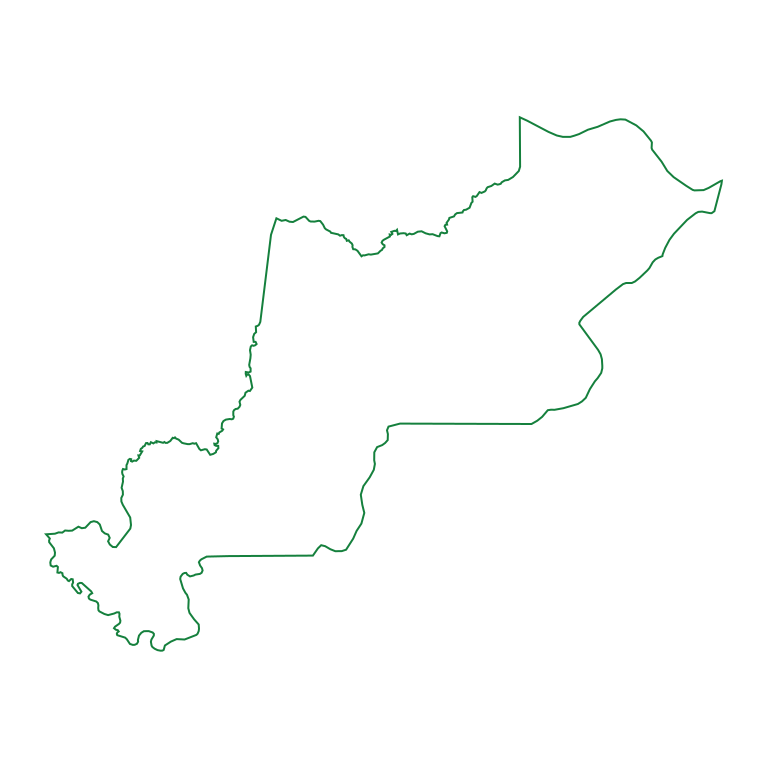 Autazes, Amazonas, Brazil (Mercator projection)
{"feature_id": "56859067B87803288994040", "entity_name": "Autazes", "entity_type": "district", "adm_level": 2, "iso_a3": "BRA", "parent_name": "Brazil", "parent_adm1": "Amazonas", "projection": "mercator", "projection_center": [-59.68, -3.831], "detail": "fine", "context": "isolated", "style": "outline", "palette": "green", "viewbox_px": 768, "rotation_deg": 0, "n_neighbors": 0, "source": "geoboundaries", "source_scale": "gbopen_adm2", "svg_char_len": 6067}
<svg xmlns="http://www.w3.org/2000/svg" viewBox="0 0 768 768"><path d="M662.4,256.1L662.7,254.3L665.2,247.9L669.5,239.8L674.0,233.7L687.1,219.9L695.6,213.3L698.3,211.9L702.1,211.6L709.9,213.1L711.7,213.1L714.4,211.2L721.4,184.3L721.9,180.7L720.4,181.2L708.7,187.9L703.6,190.1L694.5,190.4L692.7,189.9L686.2,185.8L673.6,177.1L667.3,171.0L661.6,161.7L652.2,149.7L651.6,148.0L651.9,142.4L651.0,140.7L643.5,131.4L636.3,125.4L625.4,119.6L620.5,119.3L616.0,119.9L609.9,121.5L597.7,126.8L588.0,129.7L579.0,134.1L574.3,135.7L570.2,136.9L563.0,136.9L556.8,135.5L548.5,131.9L527.2,120.7L519.8,117.3L520.1,166.7L518.8,171.0L513.0,177.0L508.2,179.9L504.9,180.4L501.7,182.3L500.7,183.8L499.1,184.3L497.6,184.6L494.7,183.6L491.3,186.0L487.6,187.2L486.6,188.4L485.7,190.5L484.7,191.5L481.5,192.9L479.5,192.1L476.8,196.0L475.5,196.9L473.1,196.2L472.3,197.2L472.6,201.7L471.4,202.9L469.6,207.7L466.1,209.7L464.0,210.0L462.9,211.3L462.5,212.5L457.0,213.1L455.2,214.4L454.0,216.4L449.4,217.9L448.9,219.6L446.6,222.8L447.1,224.6L445.4,224.8L444.6,226.2L447.2,231.4L446.8,232.8L444.5,233.3L441.6,232.5L440.5,233.2L439.4,236.3L437.6,236.1L432.6,234.2L429.6,234.4L425.6,233.3L421.6,231.3L417.8,231.7L413.8,233.9L411.7,234.3L409.6,233.6L406.7,235.2L405.7,233.5L403.5,233.2L400.0,233.5L398.0,234.4L397.0,229.8L395.9,231.0L394.5,230.8L391.3,231.9L392.4,233.9L391.1,234.9L389.7,234.5L389.9,236.5L383.8,239.8L382.5,240.8L381.6,242.6L382.8,244.3L384.5,245.3L384.5,247.0L382.7,248.4L382.1,249.8L380.5,250.8L377.9,253.4L370.9,254.6L368.6,254.3L364.6,255.4L363.0,255.3L361.5,256.3L357.5,250.8L355.4,249.4L353.2,249.2L352.4,246.9L352.6,245.2L351.8,243.5L349.6,241.7L348.7,240.3L346.8,240.8L346.2,238.9L344.8,238.2L343.8,236.8L343.5,235.2L341.9,235.1L340.0,235.7L338.3,234.4L331.0,232.8L330.3,231.6L326.1,229.4L324.8,228.2L323.1,224.7L320.3,221.1L318.6,220.8L314.6,221.6L310.6,221.5L309.2,220.9L305.5,216.9L303.5,216.6L293.0,222.0L289.5,221.7L285.7,220.0L281.6,220.8L276.4,218.3L271.0,234.8L260.3,321.9L259.0,324.8L257.7,325.8L255.8,326.5L256.1,332.2L254.2,333.9L253.1,337.2L253.7,341.9L255.6,341.9L256.6,344.0L255.3,345.2L253.6,345.8L252.1,345.3L250.8,346.5L250.0,350.2L250.7,354.7L250.4,358.2L249.2,364.9L249.6,366.9L250.6,368.3L250.6,371.6L248.6,372.5L245.8,372.0L245.7,373.8L246.3,375.8L247.2,374.5L248.7,374.6L250.0,376.1L252.3,387.6L249.9,391.0L248.4,390.7L245.5,392.7L244.7,395.8L240.5,399.8L239.5,401.7L240.3,404.9L239.5,406.8L237.7,408.7L235.6,409.0L234.0,410.2L233.3,411.6L233.3,415.2L233.9,416.7L233.2,418.7L231.8,419.3L229.7,419.0L225.9,419.6L223.5,421.0L222.0,423.4L221.6,428.5L223.1,429.4L222.3,430.7L219.3,432.5L218.7,433.9L217.3,433.5L216.2,437.3L217.7,439.3L218.2,441.3L217.4,443.2L215.9,443.9L214.3,443.7L214.6,445.1L216.2,445.9L218.2,445.9L218.4,448.2L216.2,450.7L215.9,452.3L213.3,453.9L210.2,454.8L206.7,449.5L204.9,449.2L200.9,450.3L199.3,448.9L196.1,443.2L194.3,443.7L192.8,443.2L189.7,444.1L187.6,444.1L183.6,443.3L182.0,442.8L178.6,439.6L176.1,438.6L175.0,437.4L173.9,438.2L172.7,437.8L170.3,441.0L167.2,442.9L165.5,442.9L164.4,442.0L163.1,442.8L156.5,441.1L156.5,442.5L154.9,442.3L153.4,443.4L150.9,442.2L149.8,444.3L148.3,444.3L147.5,443.0L146.0,443.1L144.6,446.0L143.1,446.5L142.3,447.8L140.8,448.9L140.1,451.0L142.2,451.4L139.8,455.4L138.4,455.4L139.2,457.8L136.3,460.8L133.9,460.6L132.2,461.6L131.0,461.1L131.2,459.2L129.8,458.9L128.4,459.9L127.3,463.6L126.5,465.1L126.5,469.1L124.8,469.5L123.0,469.0L122.4,470.4L122.1,472.1L122.4,474.0L123.6,476.4L122.8,478.6L123.0,481.6L121.6,487.8L122.8,491.1L122.9,494.7L121.3,498.0L121.4,501.5L122.8,504.8L130.2,517.5L131.0,525.0L130.3,528.6L116.1,547.1L112.8,547.0L109.8,544.5L108.1,541.3L109.7,537.9L108.2,534.6L104.8,533.4L102.0,531.0L99.8,524.5L97.3,522.1L93.9,521.2L90.6,522.1L85.3,527.7L81.8,528.2L78.4,526.7L72.2,530.6L68.6,530.8L65.1,530.5L62.3,532.6L58.6,532.4L55.0,533.7L46.1,534.3L49.8,538.5L49.1,540.5L49.2,542.2L53.9,548.3L55.0,552.6L54.7,555.7L51.2,559.4L50.6,561.2L50.3,562.6L50.7,565.5L53.1,566.7L56.6,565.8L57.9,567.0L57.4,572.5L59.0,572.9L60.5,572.2L62.4,573.2L62.6,575.1L63.2,576.3L66.7,578.7L67.8,580.5L69.0,581.1L71.2,579.0L72.7,579.3L73.1,582.6L72.2,584.3L72.2,586.1L77.9,593.0L80.0,593.4L81.4,591.7L77.5,585.0L78.0,583.8L80.0,582.9L81.8,583.0L91.2,591.4L92.2,593.2L89.8,594.6L88.5,596.6L88.9,598.5L90.3,599.6L96.3,601.5L97.9,603.1L98.4,605.3L98.2,608.0L98.5,610.3L99.4,611.4L104.4,614.0L108.1,615.1L114.2,613.5L116.8,612.3L118.9,612.3L119.5,613.8L119.3,616.7L120.4,620.7L120.1,622.6L119.1,623.8L115.0,626.7L114.0,628.2L115.8,629.7L117.8,630.2L118.7,631.5L117.3,632.5L116.8,633.9L117.3,635.2L125.1,637.6L126.8,639.2L129.9,643.9L132.8,644.9L134.7,644.8L136.9,643.8L138.1,641.7L137.9,640.0L139.0,635.6L141.3,632.8L143.9,631.2L148.7,631.1L152.7,632.5L153.9,633.9L153.8,635.6L151.4,639.6L150.9,641.8L151.6,645.7L152.4,647.0L154.6,648.7L157.5,650.1L160.6,650.7L162.5,650.6L163.7,649.9L164.9,645.5L170.9,641.6L176.6,639.1L184.6,639.5L196.4,634.9L197.6,633.7L198.7,631.1L199.0,628.8L198.7,624.5L194.1,619.3L189.5,612.9L188.3,608.2L188.7,599.5L187.0,594.8L185.4,592.8L183.0,588.4L180.2,579.0L180.6,576.7L182.7,573.9L184.5,573.0L186.2,572.9L187.3,574.7L190.0,576.4L193.7,575.5L195.4,574.6L199.9,573.9L201.6,572.8L202.6,570.5L202.0,568.2L200.1,565.5L198.9,562.2L199.9,560.6L201.4,559.3L206.7,556.6L228.1,556.1L312.9,555.6L317.9,548.4L321.2,545.2L325.2,546.2L330.3,549.2L335.3,551.2L341.8,551.1L346.1,549.7L353.2,538.6L356.6,530.9L361.4,523.6L364.3,512.9L362.3,504.8L360.8,494.7L363.4,486.1L369.7,477.3L373.8,469.8L374.9,463.9L374.2,460.3L374.3,452.3L377.1,447.1L382.2,445.1L385.1,443.0L387.7,440.1L387.9,434.1L387.0,430.3L388.5,426.6L400.0,423.6L531.5,424.0L537.3,420.7L542.2,416.8L547.8,410.2L551.1,409.7L554.5,409.8L563.4,408.2L577.9,404.0L582.0,401.4L585.8,397.8L589.9,389.1L594.9,381.3L597.6,378.2L601.2,372.9L602.3,368.3L602.3,365.7L601.9,359.2L600.6,354.3L598.1,349.9L579.4,324.4L579.3,322.8L580.3,320.8L583.2,316.9L615.9,289.5L623.0,284.1L626.1,283.0L631.8,283.0L635.0,281.5L639.5,277.9L647.3,270.5L649.4,268.1L652.7,262.3L655.3,259.5L658.2,257.8L662.4,256.1Z" fill="none" stroke="#15803d" stroke-width="2"/></svg>